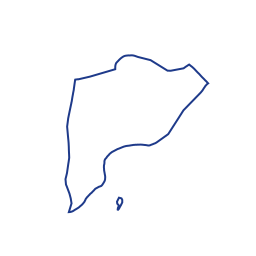 Ar Ryashyyah, Al Bayda', Yemen (orthographic projection), rotated 332°
{"feature_id": "15242507B53614769353350", "entity_name": "Ar Ryashyyah", "entity_type": "district", "adm_level": 2, "iso_a3": "YEM", "parent_name": "Yemen", "parent_adm1": "Al Bayda'", "projection": "orthographic", "projection_center": [44.764, 14.23], "detail": "fine", "context": "isolated", "style": "outline", "palette": "blue", "viewbox_px": 256, "rotation_deg": 332, "n_neighbors": 0, "source": "geoboundaries", "source_scale": "gbopen_adm2", "svg_char_len": 3090}
<svg xmlns="http://www.w3.org/2000/svg" viewBox="0 0 256 256"><g transform="rotate(332 128 128)"><path d="M36.3,174.5L37.2,174.9L38.1,175.2L39.1,175.4L40.0,175.5L40.9,175.5L41.8,175.4L42.7,175.3L43.7,175.3L44.7,175.2L45.6,175.2L46.6,175.1L47.6,175.0L48.6,174.7L49.6,174.5L50.5,174.3L51.4,174.1L52.2,173.8L53.1,173.5L53.9,173.1L55.1,172.6L55.8,172.0L56.7,171.4L57.4,170.8L58.3,170.4L59.6,169.8L60.5,169.6L61.6,169.1L62.6,168.9L63.4,168.5L64.3,168.3L65.4,168.1L66.3,167.8L67.1,167.5L67.9,167.3L68.8,167.0L69.8,166.6L70.7,166.3L71.6,166.3L72.6,166.3L73.5,166.3L74.4,166.2L75.5,166.4L76.4,166.5L77.3,166.6L78.4,166.2L79.2,165.8L80.1,165.3L81.1,164.7L82.1,164.1L82.8,163.5L83.5,162.8L84.0,162.0L84.5,161.2L84.9,160.5L85.1,160.0L85.5,159.0L85.8,157.9L86.2,156.8L86.5,155.8L86.8,154.9L87.1,154.0L87.6,153.0L87.9,152.3L88.3,151.3L88.8,150.5L89.3,149.6L90.0,148.9L90.5,148.2L91.0,147.4L91.4,146.7L91.5,146.4L91.9,145.9L92.5,145.3L93.4,144.7L94.3,144.4L95.1,144.1L95.9,143.6L96.7,143.3L97.6,143.0L98.6,142.7L99.4,142.3L100.3,142.1L101.3,141.9L102.5,141.7L103.1,141.7L103.9,141.7L105.1,141.7L106.0,141.7L106.9,141.7L107.8,141.7L108.9,141.7L110.1,141.9L111.1,142.0L112.0,142.1L114.1,142.3L115.7,142.5L117.8,143.0L118.2,143.1L118.6,143.3L119.7,143.7L120.4,144.0L121.3,144.3L121.8,144.5L122.3,144.6L123.6,145.1L124.3,145.3L125.1,145.6L125.7,145.9L126.4,146.2L126.9,146.4L127.0,146.4L127.6,146.8L128.3,147.1L128.7,147.2L129.1,147.5L131.0,148.4L132.4,149.2L134.3,150.5L135.8,151.5L137.1,152.5L137.4,152.8L138.3,153.3L139.4,153.6L140.8,153.7L141.3,153.8L142.2,153.9L142.8,154.0L143.4,154.0L144.4,154.2L145.3,154.2L145.6,154.2L146.3,154.2L160.6,152.3L177.9,142.6L185.3,138.4L209.3,130.7L210.1,130.3L211.0,130.0L211.7,129.6L212.5,129.2L213.4,128.6L214.5,128.1L215.2,127.7L216.1,127.2L217.0,126.9L217.8,126.6L218.8,126.3L219.7,126.2L219.1,123.8L218.8,122.8L218.6,122.4L218.2,120.8L217.8,119.5L217.2,117.6L216.7,115.6L216.2,113.6L215.6,111.8L215.1,110.0L214.7,108.5L214.3,107.0L213.8,105.5L213.2,103.9L212.5,102.4L211.9,100.9L211.8,100.7L211.1,100.7L209.5,100.9L208.0,101.0L206.5,101.2L205.1,101.4L192.6,97.5L189.8,95.9L179.8,78.7L170.2,70.0L170.0,69.8L168.9,68.6L167.7,67.3L166.4,66.2L165.1,65.4L163.7,64.8L162.4,64.1L161.0,63.5L159.6,63.0L159.3,62.9L157.7,62.7L156.2,62.8L154.3,63.1L152.4,63.6L151.0,64.1L149.4,64.6L147.9,65.2L146.8,66.2L145.9,67.3L145.1,68.7L144.3,70.1L118.6,64.8L107.0,61.7L106.8,61.5L104.1,60.5L103.9,60.7L98.5,68.1L98.4,68.3L97.9,69.0L96.1,71.2L96.0,71.3L95.5,72.0L93.5,74.5L90.7,78.2L89.8,79.2L89.8,79.3L89.1,80.1L83.6,86.7L79.8,91.3L77.4,94.7L74.9,98.2L74.1,100.1L71.4,106.5L70.1,109.6L69.7,110.6L68.5,113.4L66.9,116.8L65.5,119.6L64.3,122.1L64.1,122.5L64.0,122.8L62.1,126.7L59.7,130.0L58.7,131.3L55.7,135.4L53.0,139.1L50.7,141.7L48.8,143.8L46.7,148.8L46.5,150.9L45.5,158.5L44.4,163.2L43.1,167.0L42.8,168.0L36.3,174.5ZM81.2,195.4L82.2,195.0L84.2,193.6L85.4,192.9L85.9,192.5L88.0,191.0L89.2,188.7L89.2,187.1L88.2,186.1L87.3,185.3L83.7,187.9L83.0,189.8L83.5,191.7L83.5,191.8L82.7,193.0L81.6,193.8L80.6,195.2L80.8,195.5L81.2,195.4Z" fill="none" stroke="#1e3a8a" stroke-width="2"/></g></svg>